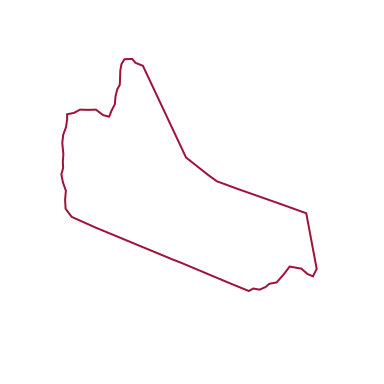 Joaquim Nabuco, Pernambuco, Brazil (Mercator projection), rotated 301°
{"feature_id": "56859067B87449360665449", "entity_name": "Joaquim Nabuco", "entity_type": "district", "adm_level": 2, "iso_a3": "BRA", "parent_name": "Brazil", "parent_adm1": "Pernambuco", "projection": "mercator", "projection_center": [-35.538, -8.57], "detail": "fine", "context": "isolated", "style": "outline", "palette": "rose", "viewbox_px": 384, "rotation_deg": 301, "n_neighbors": 0, "source": "geoboundaries", "source_scale": "gbopen_adm2", "svg_char_len": 794}
<svg xmlns="http://www.w3.org/2000/svg" viewBox="0 0 384 384"><g transform="rotate(301 192 192)"><path d="M274.9,84.9L273.6,77.0L275.3,72.2L271.0,65.7L265.2,65.7L259.2,68.0L252.0,72.0L246.6,74.9L241.2,75.1L234.6,77.2L227.4,80.7L220.4,81.1L213.9,82.2L212.1,76.2L213.1,67.2L209.0,60.8L204.9,53.6L198.9,50.0L194.3,44.9L190.3,47.4L182.8,50.6L174.8,52.1L167.3,55.5L158.1,62.3L151.4,65.7L146.3,69.1L139.7,71.0L133.7,76.5L128.1,83.3L120.0,87.2L112.5,92.3L108.7,101.7L111.7,126.8L124.1,209.7L125.8,219.7L132.9,268.9L136.4,291.7L140.8,294.2L143.1,300.2L148.3,303.9L153.2,305.6L158.1,311.1L169.1,313.1L178.4,314.1L182.6,325.2L181.2,333.2L182.0,339.1L190.3,338.5L232.6,300.9L228.4,279.5L218.1,229.3L214.0,207.8L214.9,197.1L218.5,169.1L274.9,84.9Z" fill="none" stroke="#9f1239" stroke-width="2"/></g></svg>